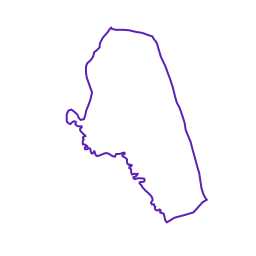 outline of Bokon, Grand Kru, Liberia, rotated 255°
{"feature_id": "62588387B4912984440097", "entity_name": "Bokon", "entity_type": "district", "adm_level": 2, "iso_a3": "LBR", "parent_name": "Liberia", "parent_adm1": "Grand Kru", "projection": "robinson", "projection_center": [-8.486, 5.036], "detail": "fine", "context": "isolated", "style": "outline", "palette": "violet", "viewbox_px": 256, "rotation_deg": 255, "n_neighbors": 0, "source": "geoboundaries", "source_scale": "gbopen_adm2", "svg_char_len": 2659}
<svg xmlns="http://www.w3.org/2000/svg" viewBox="0 0 256 256"><g transform="rotate(255 128 128)"><path d="M153.3,71.3L152.8,71.2L149.9,70.5L147.6,72.1L147.2,72.7L146.7,73.5L147.9,75.4L148.4,76.8L148.4,78.0L147.5,79.2L146.6,79.0L145.6,78.2L144.2,78.6L142.8,79.9L142.3,81.0L142.0,82.6L141.4,83.7L140.5,83.3L139.8,81.7L138.5,81.2L136.8,81.6L134.8,82.8L133.5,83.5L131.9,84.7L131.1,84.7L131.2,83.1L130.8,82.2L129.8,81.9L128.5,82.3L127.5,81.2L126.2,80.7L124.6,80.2L123.8,80.3L123.3,81.9L122.2,83.0L121.0,84.0L120.2,83.8L120.8,82.7L120.6,81.6L119.8,80.9L118.7,81.0L118.2,82.3L118.1,83.5L118.6,85.2L118.1,85.9L117.1,86.2L115.3,86.0L113.1,86.1L112.5,86.9L113.1,88.0L114.3,89.2L114.0,89.6L111.7,89.6L110.9,89.7L109.3,90.3L108.9,91.0L108.8,93.0L109.1,95.3L109.5,98.4L109.5,100.1L108.7,102.0L107.5,103.4L105.5,105.1L104.0,107.1L103.7,108.2L104.8,108.8L105.9,109.7L105.5,111.7L105.1,112.9L105.1,114.5L105.3,115.9L105.1,118.2L104.0,118.2L103.5,116.4L102.9,115.4L102.3,115.4L101.3,116.4L100.7,117.1L98.9,118.4L97.9,118.9L96.3,118.4L94.3,118.1L92.9,118.7L92.1,120.4L91.0,121.9L90.1,121.0L90.4,119.5L88.9,118.9L87.9,119.9L86.9,120.2L85.2,119.7L83.0,119.7L82.2,119.7L82.1,120.8L82.0,122.8L81.4,124.1L81.2,125.4L80.2,124.5L79.6,123.6L79.1,121.8L79.1,120.4L77.8,120.4L76.9,121.4L76.9,124.2L76.3,126.7L75.8,128.2L75.1,130.2L74.4,130.6L73.0,130.5L72.0,129.4L72.2,127.8L72.6,126.1L72.4,125.1L71.2,124.9L68.9,126.3L67.0,126.6L65.4,127.5L63.1,128.6L60.8,130.2L59.1,131.2L56.1,132.9L53.8,133.3L52.1,133.2L50.9,131.9L49.9,130.9L48.9,131.0L48.2,131.2L47.7,132.7L47.5,133.3L46.2,133.2L45.1,133.9L44.8,133.6L42.9,133.1L41.3,133.9L40.7,135.1L40.9,136.2L41.1,137.5L40.3,138.1L39.3,138.0L38.6,137.2L38.2,137.5L37.8,137.6L36.4,139.8L35.6,140.3L33.7,140.3L31.4,140.2L29.8,140.0L28.8,140.3L26.8,141.1L29.3,149.6L29.3,161.4L29.5,167.7L29.5,169.3L32.2,173.5L37.0,180.8L38.3,185.5L39.9,184.8L44.4,183.7L50.9,183.4L56.4,184.0L65.7,185.1L73.4,184.9L81.7,184.9L92.5,184.8L98.4,184.9L110.9,183.2L118.5,184.0L124.9,183.7L125.3,183.7L134.5,183.0L140.1,181.7L140.9,181.7L145.3,181.6L155.7,181.8L164.8,181.3L169.7,180.8L177.8,180.1L188.2,178.2L195.4,178.0L202.2,177.8L204.6,177.2L206.8,176.1L210.2,175.2L212.7,171.3L216.2,166.4L218.7,160.7L222.2,154.2L224.4,147.7L225.9,141.8L228.0,138.1L229.2,137.7L228.6,136.4L225.4,132.6L221.6,126.9L217.8,123.4L215.8,122.3L213.2,121.4L211.2,117.9L209.8,114.8L206.1,112.9L203.4,109.9L203.2,109.5L200.9,105.1L197.8,103.2L192.5,101.8L187.6,101.2L175.6,102.1L171.6,102.5L164.6,98.7L159.5,95.1L155.4,92.0L151.5,90.1L147.9,87.7L148.1,84.3L150.6,83.0L154.1,82.6L158.2,79.9L160.5,78.0L160.2,74.9L157.1,72.4L153.3,71.3Z" fill="none" stroke="#5b21b6" stroke-width="2"/></g></svg>